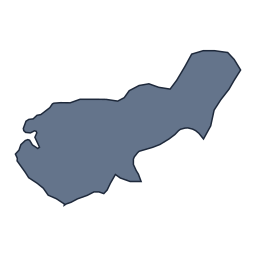 the district of Pyongwon, P'yŏngan-namdo, North Korea
{"feature_id": "82179303B73199246171338", "entity_name": "Pyongwon", "entity_type": "district", "adm_level": 2, "iso_a3": "PRK", "parent_name": "North Korea", "parent_adm1": "P'yŏngan-namdo", "projection": "mercator", "projection_center": [125.567, 39.283], "detail": "fine", "context": "isolated", "style": "filled", "palette": "slate", "viewbox_px": 256, "rotation_deg": 0, "n_neighbors": 0, "source": "geoboundaries", "source_scale": "gbopen_adm2", "svg_char_len": 1214}
<svg xmlns="http://www.w3.org/2000/svg" viewBox="0 0 256 256"><path d="M64.2,205.3L66.1,204.0L71.0,202.3L77.6,198.8L87.4,195.3L94.0,191.9L98.9,191.9L103.8,193.6L107.1,190.1L110.4,183.2L115.4,174.5L120.3,178.0L130.1,181.5L141.1,181.5L138.4,174.2L136.2,170.6L133.4,164.5L133.4,159.1L134.3,156.9L137.5,152.8L139.1,151.3L152.7,147.3L159.9,144.5L169.1,138.9L175.0,134.4L178.6,130.6L180.4,129.3L184.9,128.1L187.8,127.9L192.6,129.1L195.6,130.6L198.9,133.3L203.5,139.0L210.7,125.9L214.1,110.1L220.8,99.7L229.0,89.2L234.0,80.5L240.6,70.0L234.2,59.5L227.7,52.5L224.6,52.1L214.6,50.7L203.2,50.7L191.7,54.1L185.0,66.4L176.7,80.3L170.1,89.1L158.7,87.3L148.9,83.8L139.1,85.5L129.2,90.7L124.2,97.7L117.7,101.1L106.2,99.4L98.0,99.3L88.2,99.3L80.0,99.3L70.2,102.8L60.4,102.7L53.8,103.2L52.4,103.9L49.8,107.7L40.8,114.6L37.0,115.3L33.1,118.9L28.8,119.4L26.0,121.2L23.3,128.5L23.8,130.7L25.6,132.4L30.4,132.9L34.5,130.8L36.2,131.3L36.8,132.9L34.9,137.3L39.5,147.2L37.8,148.5L32.4,144.9L29.6,140.2L27.8,139.6L26.0,140.3L25.3,140.5L20.9,144.6L19.0,150.1L15.4,154.1L17.3,158.2L17.1,160.9L25.4,172.5L28.7,177.7L36.8,183.0L43.3,188.2L48.2,195.2L56.3,198.7L64.4,204.0L64.2,205.3Z" fill="#64748b" stroke="#1e293b" stroke-width="1.5"/></svg>